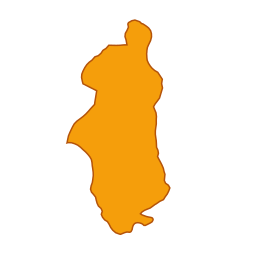 the district of Al Miftah, Hajjah, Yemen, rotated 65°
{"feature_id": "15242507B45600422396945", "entity_name": "Al Miftah", "entity_type": "district", "adm_level": 2, "iso_a3": "YEM", "parent_name": "Yemen", "parent_adm1": "Hajjah", "projection": "natural_earth1", "projection_center": [43.522, 15.962], "detail": "fine", "context": "isolated", "style": "filled", "palette": "amber", "viewbox_px": 256, "rotation_deg": 65, "n_neighbors": 0, "source": "geoboundaries", "source_scale": "gbopen_adm2", "svg_char_len": 2521}
<svg xmlns="http://www.w3.org/2000/svg" viewBox="0 0 256 256"><g transform="rotate(65 128 128)"><path d="M164.4,111.6L163.8,111.1L160.8,110.3L157.6,110.3L154.5,109.0L151.5,107.8L148.5,106.9L145.3,105.9L142.1,104.4L139.1,102.5L137.9,101.7L136.2,100.6L132.9,99.1L131.5,98.4L129.7,97.4L126.0,96.2L123.0,96.1L119.6,95.9L118.9,95.0L117.6,93.2L116.0,90.1L114.2,86.8L106.3,79.8L102.0,78.8L98.3,76.3L90.1,77.5L87.2,79.5L84.1,80.9L82.3,81.4L81.0,81.7L80.2,81.8L77.8,82.1L74.7,82.0L71.7,81.0L71.3,80.8L68.5,79.7L67.4,79.0L65.7,78.1L63.1,76.3L61.1,74.0L60.7,73.5L58.3,70.6L55.4,68.2L52.4,66.9L51.2,66.7L49.4,66.4L46.2,67.0L44.5,67.8L43.0,68.6L39.8,70.6L39.2,71.5L36.6,72.5L33.1,76.1L32.4,79.2L32.7,83.0L33.7,84.2L36.8,85.0L39.1,87.6L41.1,90.4L43.9,92.1L45.4,92.3L47.2,92.5L52.2,93.8L50.8,97.0L49.7,100.2L48.2,103.7L44.9,110.4L46.6,114.3L46.9,116.9L47.1,118.0L48.9,120.9L49.9,124.5L49.5,127.9L51.3,132.0L52.0,135.4L53.2,138.6L55.0,141.6L56.0,142.9L57.4,144.7L59.7,147.1L62.5,148.7L63.7,149.0L65.4,149.4L65.7,149.5L68.9,150.1L81.0,140.6L91.3,147.6L92.5,148.3L94.7,153.7L96.1,156.8L97.5,160.3L98.6,163.9L99.4,167.6L100.2,171.5L101.5,174.9L103.4,177.6L105.5,180.2L107.6,182.7L110.0,185.3L112.8,187.4L114.4,188.6L115.4,189.3L115.7,189.6L116.0,188.3L117.5,185.4L119.8,182.9L122.4,180.7L122.7,180.6L125.3,179.2L128.4,178.0L131.6,176.6L134.6,175.6L137.8,174.8L141.0,174.5L144.0,175.2L147.0,176.3L150.1,177.2L150.4,177.3L153.5,178.3L156.7,179.7L157.9,180.5L159.7,181.6L162.4,183.4L164.8,185.8L167.6,187.8L170.6,188.2L173.8,187.3L176.9,186.6L180.1,187.3L183.1,187.8L186.2,187.8L189.6,186.4L192.6,186.5L195.0,188.7L198.1,188.8L201.4,188.0L204.1,186.2L207.2,185.8L210.9,185.7L214.2,185.0L217.7,183.4L220.5,180.6L221.2,179.6L221.4,175.3L221.8,173.0L222.5,171.7L223.1,170.7L223.3,169.7L223.1,168.9L221.7,167.1L220.1,166.0L218.9,164.9L217.9,163.6L217.4,162.2L217.4,160.8L217.9,159.2L218.4,158.4L219.0,157.5L220.1,156.3L221.1,155.5L222.0,155.1L223.0,154.7L223.6,153.5L223.6,151.7L223.5,148.0L223.2,145.9L222.4,144.7L221.7,144.0L221.0,143.8L219.9,143.9L218.8,144.9L217.5,146.8L216.0,148.7L212.8,151.9L211.8,152.5L211.5,152.7L211.0,153.0L210.2,151.2L210.0,150.7L209.6,147.8L209.7,144.8L209.9,141.7L209.3,138.6L208.7,135.7L208.7,134.8L208.5,133.6L208.3,132.4L207.9,130.2L207.9,126.1L206.1,123.4L204.4,120.3L202.3,117.7L200.0,115.4L196.9,115.6L194.0,117.3L191.0,117.3L188.3,115.7L185.6,114.1L182.5,113.7L179.9,113.1L179.3,113.0L176.1,112.9L172.8,113.0L169.5,113.2L166.4,113.3L164.4,111.6Z" fill="#f59e0b" stroke="#b45309" stroke-width="1.5"/></g></svg>